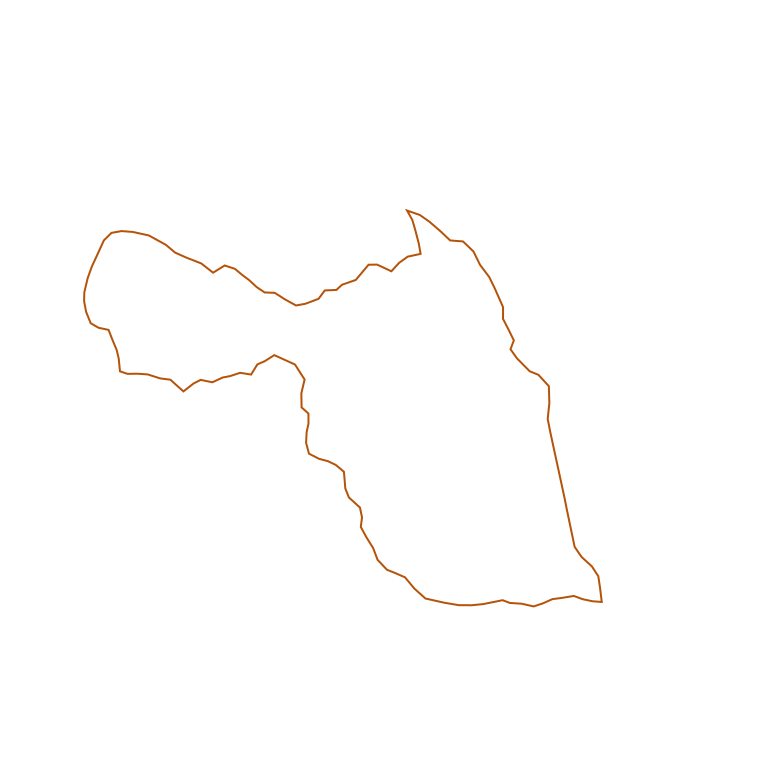 Três Fronteiras, São Paulo, Brazil (Mercator projection), rotated 130°
{"feature_id": "56859067B3080152432416", "entity_name": "Três Fronteiras", "entity_type": "district", "adm_level": 2, "iso_a3": "BRA", "parent_name": "Brazil", "parent_adm1": "São Paulo", "projection": "mercator", "projection_center": [-50.865, -20.277], "detail": "fine", "context": "isolated", "style": "outline", "palette": "amber", "viewbox_px": 768, "rotation_deg": 130, "n_neighbors": 0, "source": "geoboundaries", "source_scale": "gbopen_adm2", "svg_char_len": 1793}
<svg xmlns="http://www.w3.org/2000/svg" viewBox="0 0 768 768"><g transform="rotate(130 384 384)"><path d="M443.4,689.9L454.1,690.9L470.0,686.5L481.5,683.4L493.5,679.0L506.4,672.5L513.1,667.2L520.2,658.6L526.0,647.7L524.4,638.8L519.6,629.8L524.4,621.0L529.8,610.6L535.1,603.5L544.0,594.4L541.1,587.0L534.6,579.5L528.5,571.1L523.6,559.1L518.0,550.4L518.3,542.4L518.6,532.9L506.0,530.2L498.7,527.1L493.0,516.6L482.8,511.8L476.9,507.0L467.9,501.4L462.2,491.9L450.4,493.6L443.1,490.0L432.4,486.6L426.3,464.7L431.6,447.7L444.3,441.3L454.9,432.1L455.2,422.9L463.0,416.3L470.5,412.4L479.1,405.9L485.6,396.7L483.1,385.8L479.1,377.2L477.0,368.8L477.0,358.3L483.1,352.2L488.8,346.6L493.5,337.9L494.1,323.0L500.3,315.1L508.4,309.9L512.6,299.3L516.7,286.8L522.8,275.9L524.4,262.3L521.5,253.6L518.6,243.6L521.2,229.3L521.7,214.4L512.9,197.4L505.2,184.3L497.1,174.6L488.8,166.5L473.4,154.2L470.8,146.8L463.8,137.3L458.2,126.4L449.6,121.1L440.5,116.7L434.5,111.1L424.3,102.3L421.2,93.6L416.4,84.6L411.0,77.1L401.6,87.1L393.5,96.3L390.1,107.5L389.5,121.6L386.2,133.3L364.5,160.9L353.8,174.3L314.6,224.9L305.6,236.1L292.4,245.0L279.7,256.3L277.7,271.6L280.6,280.6L278.9,298.5L276.1,309.4L267.1,312.6L261.8,324.7L257.6,334.7L248.6,342.2L239.6,360.5L234.4,372.2L231.0,387.0L225.0,400.6L224.0,415.1L231.5,425.6L230.7,438.7L230.5,453.5L231.5,465.2L236.3,477.8L240.1,467.8L245.9,459.1L254.0,447.7L260.8,439.6L271.2,447.7L281.4,450.3L292.9,450.8L297.0,466.1L302.6,472.5L322.4,472.5L335.0,480.0L342.5,480.9L350.4,489.5L360.8,488.9L373.1,495.8L380.4,501.9L382.8,514.0L384.4,526.3L390.6,534.3L391.6,543.8L391.1,554.3L391.6,563.0L391.6,572.2L395.6,582.2L408.6,586.5L409.1,601.4L414.1,616.2L417.6,628.5L417.6,640.7L421.4,659.7L429.0,674.2L435.6,683.4L443.4,689.9Z" fill="none" stroke="#b45309" stroke-width="2"/></g></svg>